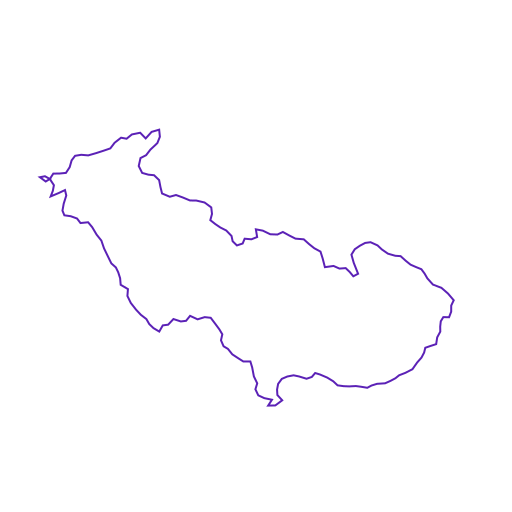 José Raydan, Minas Gerais, Brazil (orthographic projection), rotated 152°
{"feature_id": "56859067B76751419616025", "entity_name": "José Raydan", "entity_type": "district", "adm_level": 2, "iso_a3": "BRA", "parent_name": "Brazil", "parent_adm1": "Minas Gerais", "projection": "orthographic", "projection_center": [-42.476, -18.259], "detail": "fine", "context": "isolated", "style": "outline", "palette": "violet", "viewbox_px": 512, "rotation_deg": 152, "n_neighbors": 0, "source": "geoboundaries", "source_scale": "gbopen_adm2", "svg_char_len": 2535}
<svg xmlns="http://www.w3.org/2000/svg" viewBox="0 0 512 512"><g transform="rotate(152 256 256)"><path d="M401.9,420.8L401.2,413.4L404.8,408.9L409.3,405.0L400.4,404.2L393.7,403.9L395.1,398.5L401.2,392.5L405.6,386.9L406.1,381.9L400.9,378.1L396.4,373.1L395.5,367.5L388.4,364.6L387.1,358.3L386.7,349.7L385.3,342.2L386.6,334.1L386.9,326.1L387.2,317.4L385.1,311.7L385.3,306.3L386.4,300.2L389.0,294.1L384.6,286.9L388.3,281.1L388.6,273.3L387.1,264.9L385.3,258.2L382.4,251.8L382.2,246.0L380.4,240.5L376.9,234.7L370.9,238.5L365.8,236.6L358.5,239.1L353.1,233.5L348.2,231.6L342.3,234.1L337.3,227.5L330.0,226.1L325.0,222.7L323.8,215.2L322.8,208.5L322.5,202.7L326.5,198.0L327.0,191.5L324.4,187.2L323.1,180.3L319.6,173.9L316.7,168.8L310.5,165.5L311.7,159.4L314.4,150.7L314.7,143.0L319.1,138.6L319.4,131.9L315.4,126.6L309.4,121.6L315.5,118.2L309.1,115.0L300.6,116.3L302.4,123.2L300.1,128.2L296.5,132.7L290.9,135.4L284.9,134.9L278.8,133.0L274.5,129.4L269.0,123.9L263.5,123.0L258.7,124.9L255.2,121.4L250.2,115.2L246.6,109.1L244.7,103.5L239.7,99.9L234.9,97.1L228.9,94.3L224.7,91.3L219.6,87.4L214.8,87.4L209.1,86.3L201.8,83.0L195.9,82.6L190.3,82.6L185.6,83.5L179.0,82.7L171.0,82.6L163.7,86.3L157.6,88.6L152.9,91.8L149.6,95.5L144.5,94.7L138.3,93.6L134.2,99.1L128.8,102.7L126.5,107.2L123.5,111.6L119.3,114.1L114.3,111.3L109.8,115.2L106.9,120.6L102.2,124.1L104.1,132.7L107.2,140.8L113.2,147.7L115.2,155.8L115.4,161.4L116.2,166.7L119.9,171.1L123.6,175.8L126.0,181.4L128.4,188.0L132.9,190.8L138.4,196.1L141.8,202.7L143.7,208.3L148.4,214.4L153.5,216.3L159.4,216.3L165.6,215.6L171.1,212.4L172.9,204.1L174.2,192.4L179.6,192.4L180.8,198.0L182.5,203.2L188.2,205.7L192.2,210.8L200.4,213.8L198.3,222.5L197.0,229.6L200.9,235.5L203.5,241.5L206.0,248.3L213.0,252.8L217.0,258.5L221.0,264.6L227.0,264.9L233.2,268.5L238.1,275.2L243.6,279.6L246.1,272.2L252.2,272.9L257.9,276.6L261.9,273.3L267.9,274.3L269.7,280.0L268.2,285.2L270.3,292.5L274.1,297.9L276.9,303.2L279.5,309.1L275.1,313.8L272.7,319.9L276.3,327.4L282.7,333.0L288.2,336.0L293.3,342.2L298.0,347.4L304.3,348.8L309.6,355.3L308.0,361.7L305.9,368.5L308.1,375.2L312.8,378.3L317.5,382.8L317.3,390.5L312.0,396.7L305.7,396.6L299.3,399.5L290.1,402.0L284.9,406.4L282.2,413.0L289.9,414.6L298.2,411.6L300.4,419.2L308.5,421.6L315.2,420.3L319.6,423.8L327.6,422.4L334.1,419.4L341.0,420.5L348.9,421.9L356.9,423.6L362.8,427.4L368.7,429.4L373.9,427.0L378.8,421.9L384.8,418.6L390.6,421.0L396.3,423.9L401.9,420.8ZM401.9,420.8L404.9,425.5L409.8,427.0L406.7,420.5L401.9,420.8Z" fill="none" stroke="#5b21b6" stroke-width="2"/></g></svg>